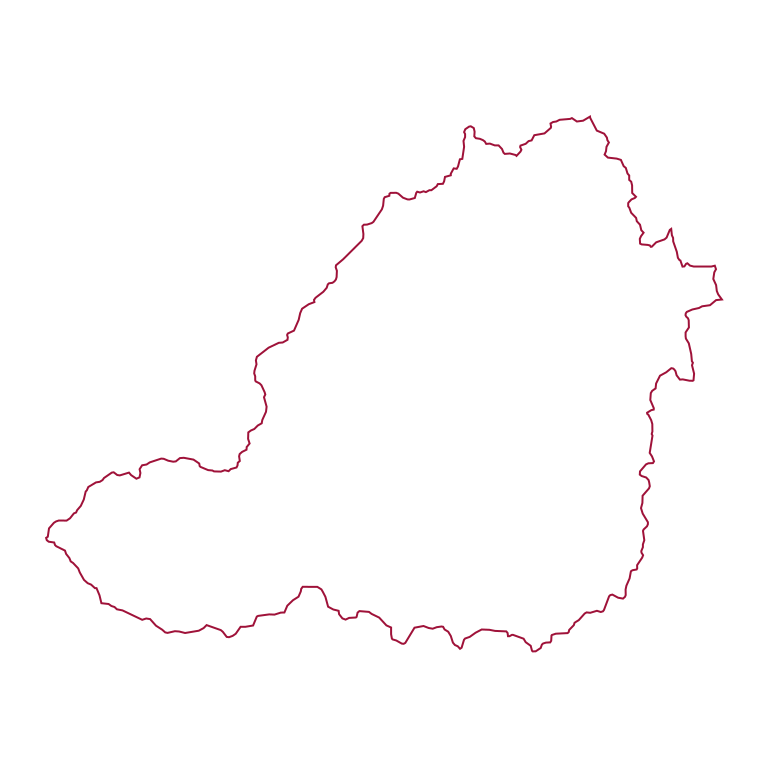 outline of Cajatambo, Lima, Peru
{"feature_id": "86281439B2149944224824", "entity_name": "Cajatambo", "entity_type": "district", "adm_level": 2, "iso_a3": "PER", "parent_name": "Peru", "parent_adm1": "Lima", "projection": "orthographic", "projection_center": [-77.034, -10.486], "detail": "fine", "context": "isolated", "style": "outline", "palette": "rose", "viewbox_px": 768, "rotation_deg": 0, "n_neighbors": 0, "source": "geoboundaries", "source_scale": "gbopen_adm2", "svg_char_len": 6091}
<svg xmlns="http://www.w3.org/2000/svg" viewBox="0 0 768 768"><path d="M255.2,380.2L255.7,381.4L259.6,383.4L261.4,385.2L264.6,392.1L265.3,394.5L264.0,397.2L266.6,406.7L266.0,411.8L262.3,420.0L261.7,423.3L257.8,425.5L254.3,429.0L250.9,430.5L248.3,432.4L248.1,438.9L249.6,443.5L246.7,447.0L246.5,449.7L242.1,451.9L239.7,454.0L239.1,456.3L239.8,461.0L237.8,462.7L237.5,465.5L236.5,467.5L230.7,469.1L228.6,471.2L224.8,470.2L221.0,471.6L214.0,471.4L212.4,470.5L208.1,470.1L200.5,466.9L199.7,466.1L199.2,463.5L193.5,459.6L183.8,457.8L179.9,458.1L175.8,461.4L173.2,461.7L168.2,460.7L163.7,458.8L161.2,458.6L149.7,462.4L146.6,464.5L142.1,465.3L139.6,469.2L140.4,473.0L139.5,477.4L136.4,478.7L131.1,475.1L129.0,472.6L119.8,475.4L117.2,475.0L113.7,472.3L111.8,472.6L104.0,478.0L102.5,480.1L99.8,481.8L96.0,482.4L88.3,487.0L86.8,490.4L85.7,491.5L83.8,499.5L80.8,505.9L77.1,510.2L76.1,512.5L73.9,513.4L70.0,518.3L66.6,520.6L58.9,520.5L56.1,521.4L53.9,522.8L49.0,528.4L47.8,536.7L46.1,537.9L46.8,540.2L48.7,541.7L54.2,542.5L55.0,545.0L56.2,546.2L65.0,550.6L66.1,553.9L69.4,558.1L70.7,561.4L73.1,563.0L78.2,568.4L79.8,572.5L84.0,579.9L87.7,583.2L91.1,584.6L94.9,588.1L96.5,588.1L99.5,595.3L101.4,603.2L108.6,604.0L111.4,606.0L114.5,607.0L116.9,609.3L122.5,610.4L142.2,619.8L146.2,618.5L150.1,619.1L156.0,625.7L162.2,629.7L165.2,632.4L167.5,632.9L174.9,631.2L179.1,631.5L185.1,633.0L198.8,630.7L203.6,628.1L206.6,625.1L220.8,630.1L222.8,631.8L226.7,636.9L229.0,637.2L232.6,635.9L235.7,633.8L240.6,626.8L245.4,626.8L253.1,625.5L256.8,616.6L258.1,615.9L269.2,614.4L274.5,614.6L280.8,612.6L284.4,612.5L287.3,605.7L293.0,600.2L298.5,596.7L300.8,591.4L301.2,588.9L302.7,586.8L317.4,586.9L321.4,589.4L322.8,591.8L325.4,596.8L328.1,606.7L333.3,609.5L338.6,610.8L339.1,614.2L342.4,618.4L345.6,619.6L349.1,617.9L355.9,617.5L356.6,616.9L357.6,612.6L359.4,611.1L369.0,611.9L371.6,613.9L379.2,617.6L386.4,625.4L391.1,627.5L391.1,634.2L391.9,638.6L392.6,639.4L396.3,640.5L401.8,643.6L403.7,643.8L405.3,642.9L414.5,627.7L423.5,626.0L428.7,628.0L432.7,628.7L436.7,627.2L441.5,626.5L443.1,626.8L444.6,629.5L448.2,631.7L450.8,636.0L452.9,642.6L454.9,645.0L457.8,646.3L460.0,648.8L461.6,647.7L464.0,639.8L465.1,638.5L469.7,636.9L475.6,632.7L481.7,629.5L489.4,629.8L495.0,630.9L506.3,631.4L507.6,633.0L508.0,636.2L509.5,636.2L511.9,634.9L513.1,634.9L523.6,638.7L525.7,642.2L530.7,645.8L532.0,650.7L532.7,651.4L535.7,651.3L540.7,648.0L541.9,644.6L543.1,643.5L546.0,642.6L550.2,642.4L551.2,640.8L551.5,635.5L551.9,635.0L555.8,633.7L567.6,633.1L568.7,632.1L569.2,629.9L573.8,625.2L574.6,622.7L578.8,620.1L584.7,613.5L586.6,612.4L590.2,612.8L596.9,610.8L600.8,612.0L603.0,611.3L604.0,609.9L609.1,596.3L610.3,595.1L612.4,594.6L618.1,597.7L623.0,598.6L625.0,596.8L625.7,595.1L625.6,589.5L626.4,585.7L629.6,578.4L630.8,571.8L631.3,570.9L632.7,570.2L636.6,569.5L637.2,568.4L637.1,565.2L642.2,557.6L643.1,555.2L641.5,552.7L641.3,551.1L642.9,547.2L642.9,544.4L644.3,540.2L643.0,530.9L643.6,529.5L647.0,526.3L647.9,524.2L647.9,522.2L642.7,513.6L641.0,508.1L642.4,503.0L642.6,495.7L649.0,488.4L649.8,486.2L649.2,482.5L648.6,480.1L646.2,477.5L641.6,476.0L639.8,474.6L640.0,471.4L646.0,464.4L648.4,463.3L652.9,463.1L654.0,461.4L652.0,456.4L649.7,452.9L652.5,435.6L651.7,434.0L652.4,431.5L652.3,424.0L651.2,420.2L648.4,414.8L647.2,413.8L647.1,412.7L651.4,410.1L653.7,409.6L653.8,408.2L650.3,400.0L650.8,393.1L652.2,390.8L655.6,388.4L656.1,383.5L660.0,375.7L666.2,372.3L671.3,368.2L673.1,368.5L674.2,369.4L675.5,371.2L676.6,375.3L679.9,379.6L682.8,379.4L689.4,380.7L692.7,380.8L693.5,380.3L694.1,373.7L692.0,365.2L692.9,362.8L691.9,361.2L691.2,353.9L688.8,343.3L685.9,338.6L685.6,336.3L685.6,332.4L688.9,327.5L688.7,320.2L688.0,318.3L686.2,316.6L685.5,315.1L685.8,313.3L686.8,311.9L692.3,309.5L699.0,308.0L702.1,306.3L710.0,305.2L716.1,300.1L721.9,299.5L718.2,294.4L716.8,291.0L716.1,285.1L713.3,279.0L714.3,272.3L716.0,269.2L714.8,265.7L711.5,266.5L693.6,266.5L690.0,265.6L687.4,263.3L686.1,263.8L684.4,266.4L682.5,266.6L680.4,260.5L679.4,260.0L677.9,257.8L676.8,251.8L673.2,241.4L673.1,237.9L671.9,235.3L671.2,228.9L669.8,229.9L666.6,237.6L664.5,239.4L656.2,242.3L651.8,246.7L650.8,246.8L649.8,245.4L647.6,244.9L641.6,244.4L640.1,243.6L639.8,238.9L641.0,236.2L643.6,232.7L641.3,230.2L640.0,224.7L636.8,221.2L636.1,217.9L631.2,212.8L629.3,207.7L628.2,206.3L628.2,203.1L628.9,202.1L631.5,199.4L634.8,198.0L636.0,196.8L632.2,193.0L632.1,185.4L631.2,181.7L629.2,179.9L629.2,175.5L627.5,173.5L625.8,167.9L623.7,166.2L620.9,159.9L616.7,158.6L607.9,157.6L604.6,154.6L606.0,151.2L606.5,146.8L608.9,142.5L607.4,140.2L606.9,137.6L604.2,133.7L596.8,130.6L590.2,117.9L590.0,116.6L583.1,120.7L576.9,121.5L571.9,118.1L570.2,118.9L559.6,119.8L556.3,121.5L553.1,122.0L550.5,123.5L551.1,126.8L550.8,127.9L544.5,133.4L534.3,135.2L531.6,140.4L528.6,141.1L525.7,143.8L520.5,145.6L520.1,147.0L521.4,149.8L520.5,151.6L516.5,155.9L515.6,155.0L509.9,153.5L504.8,153.9L503.5,152.7L502.0,149.0L498.6,145.4L494.8,145.4L489.9,143.6L486.2,143.9L484.8,141.5L482.9,140.1L479.8,138.8L475.9,138.2L474.3,136.4L474.6,131.7L473.8,128.1L470.8,126.3L469.1,126.6L465.3,129.2L464.1,132.1L465.1,134.0L465.1,137.1L463.5,140.9L464.1,146.8L462.3,158.9L459.9,159.3L458.0,166.5L456.7,168.8L453.7,168.4L450.8,173.7L450.8,175.3L445.0,176.9L444.1,181.4L442.9,183.8L437.8,184.1L436.7,186.2L431.4,190.2L429.4,190.2L425.9,192.1L423.6,191.3L420.0,192.5L417.2,191.7L416.3,192.8L414.8,198.0L409.4,199.5L407.5,199.4L403.0,197.7L398.3,193.6L396.2,192.8L390.6,192.9L389.5,193.7L389.3,195.8L384.7,197.2L383.8,198.9L383.1,205.7L381.9,209.3L373.4,221.9L371.7,223.1L367.0,224.6L363.9,224.7L362.4,226.2L363.4,234.0L363.2,238.1L361.7,240.8L343.1,259.3L336.0,265.3L335.7,267.3L336.9,270.8L336.6,277.1L335.9,279.5L334.4,281.4L332.5,282.8L329.0,283.3L327.8,284.4L326.7,287.8L323.3,291.8L315.6,297.7L314.0,299.9L314.4,302.1L308.8,304.2L302.1,308.7L300.2,313.1L298.7,319.8L294.0,330.6L287.8,333.5L287.1,335.0L287.8,337.3L287.5,339.8L282.7,342.5L278.8,342.8L268.6,347.7L256.9,356.8L255.9,360.4L256.5,364.3L254.5,370.7L254.2,373.4L255.2,376.3L255.2,380.2Z" fill="none" stroke="#9f1239" stroke-width="2"/></svg>